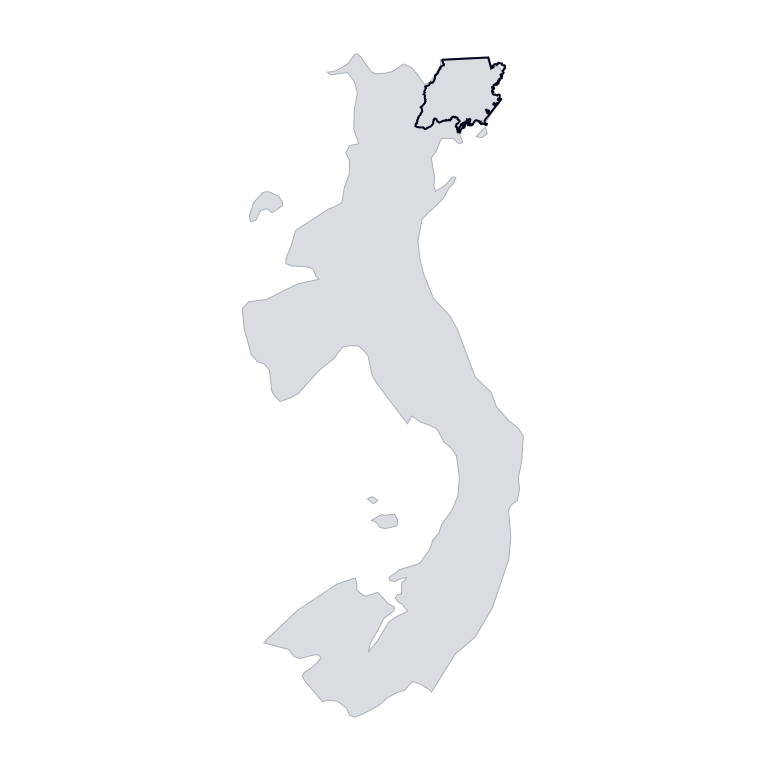 location of Changuinola, Bocas del Toro, Panama, rotated 87°
{"feature_id": "35544464B1778139424471", "entity_name": "Changuinola", "entity_type": "district", "adm_level": 2, "iso_a3": "PAN", "parent_name": "Panama", "parent_adm1": "Bocas del Toro", "projection": "orthographic", "projection_center": [-82.488, 9.215], "detail": "fine", "context": "in_parent", "style": "outline", "palette": "ink", "viewbox_px": 768, "rotation_deg": 87, "n_neighbors": 0, "source": "geoboundaries", "source_scale": "gbopen_adm2", "svg_char_len": 8907}
<svg xmlns="http://www.w3.org/2000/svg" viewBox="0 0 768 768"><g transform="rotate(87 384 384)"><path d="M694.0,352.7L691.9,354.3L685.7,363.4L682.4,371.2L690.6,379.2L693.1,387.9L697.8,397.3L705.1,406.6L713.2,424.1L715.2,431.1L713.0,435.7L705.4,438.6L698.4,447.0L696.6,457.0L698.0,462.0L676.9,478.3L671.5,481.0L667.8,478.6L663.2,470.6L657.7,464.2L654.8,462.0L653.1,461.9L651.4,463.4L650.7,467.0L653.7,482.0L651.4,488.1L644.2,492.9L636.2,517.5L632.9,514.5L605.3,481.8L581.2,441.2L576.1,422.8L582.3,421.6L588.2,421.9L591.3,419.1L595.0,413.6L591.8,401.2L603.2,391.5L607.5,385.1L610.6,385.8L618.3,396.6L629.2,402.7L642.7,411.6L651.0,413.6L640.4,404.2L622.2,391.9L617.0,383.7L612.1,372.3L605.1,377.3L601.9,381.5L598.3,384.0L595.0,381.2L594.4,377.5L583.8,376.9L581.0,373.5L578.2,371.7L579.5,378.8L581.7,383.2L580.6,388.5L577.1,389.0L574.1,383.5L570.3,378.5L565.0,357.8L552.8,348.1L547.2,344.9L542.6,343.7L535.8,337.1L526.9,333.6L514.7,323.3L499.8,316.1L481.6,313.6L459.5,315.4L452.1,319.6L447.1,324.9L444.8,327.3L431.8,333.4L426.9,342.2L423.9,349.5L417.4,357.9L424.9,362.8L382.5,391.4L374.1,395.5L354.9,398.5L350.5,401.6L344.7,407.2L344.0,415.7L344.9,422.9L350.5,428.4L355.4,431.9L367.4,448.6L388.7,469.7L392.7,477.4L396.1,488.8L389.7,494.2L384.8,496.5L364.7,497.6L357.8,502.2L355.0,509.2L347.5,515.0L321.6,520.8L301.2,521.5L294.9,515.0L293.3,496.6L279.5,465.2L276.1,443.6L272.7,446.3L265.4,448.8L263.0,454.2L261.2,470.2L258.6,475.7L252.9,475.2L241.4,469.5L226.1,464.3L206.5,430.5L204.4,424.1L200.6,416.5L185.5,413.3L172.6,407.7L158.6,406.8L151.4,410.0L144.1,405.9L142.8,396.7L128.1,400.8L109.2,399.4L92.3,395.4L80.8,397.5L71.1,404.1L72.5,421.0L69.6,424.3L69.2,417.4L65.8,409.5L61.8,402.9L53.3,396.1L52.8,393.6L56.2,390.1L71.7,380.3L73.6,376.2L73.8,367.6L72.4,359.4L65.4,347.4L69.4,339.9L77.4,333.9L85.5,329.2L86.9,327.2L85.4,323.1L80.6,318.7L69.5,311.1L62.8,310.6L62.6,288.9L62.9,265.9L64.6,263.7L68.7,262.3L72.0,258.8L73.8,252.0L78.7,249.6L87.5,254.8L96.4,259.5L100.1,257.9L103.0,255.7L104.9,253.4L105.6,251.3L112.7,257.5L127.4,268.3L128.3,273.7L126.9,278.8L130.9,293.5L138.5,295.7L146.2,292.8L148.1,295.5L146.7,298.2L142.7,301.3L141.8,313.9L154.4,319.8L160.6,325.0L181.5,322.5L189.2,323.9L194.4,322.4L188.6,312.3L180.8,304.8L181.4,301.4L187.3,303.9L191.8,309.0L202.1,315.3L221.1,337.3L242.7,342.6L259.9,341.8L275.8,338.8L301.2,330.1L319.6,314.5L334.2,307.6L381.7,292.6L398.5,277.1L405.6,275.0L412.4,273.0L427.2,261.3L435.2,252.2L443.6,247.6L468.7,250.6L485.0,254.8L496.2,254.1L507.1,257.0L511.9,263.6L516.8,266.3L543.3,265.4L565.1,268.4L613.0,287.4L641.7,306.3L657.1,326.6L694.0,352.7ZM214.9,508.9L208.6,509.5L195.9,504.6L186.5,495.1L185.8,492.0L186.0,488.9L191.1,479.1L197.9,475.8L200.5,475.8L207.1,487.0L202.7,491.4L204.5,498.3L213.7,503.4L214.9,508.9ZM521.8,398.9L519.6,403.7L514.2,393.0L515.1,390.2L514.6,380.4L519.6,377.8L523.3,377.5L526.4,378.8L528.5,390.3L526.9,395.6L521.8,398.9ZM143.0,273.8L141.7,279.2L133.0,269.5L138.2,267.9L140.0,268.1L143.0,273.8ZM502.9,401.4L497.8,406.5L495.9,401.7L499.4,396.7L500.6,396.6L502.9,401.4Z" fill="#d9dde1" stroke="#a8b0b8" stroke-width="1"/><path d="M136.2,295.6L136.8,294.9L136.2,294.5L135.4,294.6L134.1,294.0L134.2,294.6L134.5,294.7L134.7,295.3L134.6,295.6L134.4,295.4L134.4,295.8L134.0,295.9L133.7,295.6L132.5,295.6L131.6,295.0L131.2,295.0L130.0,293.9L129.2,293.8L129.2,293.2L129.5,292.9L129.3,293.2L129.5,293.2L129.6,292.8L129.2,293.0L128.7,292.4L128.4,292.6L128.2,292.2L128.3,291.4L127.7,291.4L127.9,290.7L127.6,290.5L128.0,290.2L127.7,290.0L127.8,289.8L127.7,289.6L128.6,289.4L128.4,289.0L128.0,288.9L127.9,289.0L127.6,288.8L127.6,289.0L127.0,288.3L126.8,288.5L126.8,288.3L126.5,288.4L126.2,288.0L125.6,288.0L124.9,287.2L124.4,287.2L124.8,286.7L124.2,286.3L124.4,285.8L124.9,286.3L125.1,286.2L124.3,285.3L124.4,284.4L124.2,284.4L123.8,284.2L124.0,283.8L123.9,284.1L124.2,284.3L124.5,284.3L124.6,284.1L125.3,284.5L125.2,284.3L125.4,284.0L125.2,284.3L125.9,284.4L125.8,284.7L126.2,285.0L126.2,284.8L127.0,285.2L127.7,285.1L128.1,285.4L128.5,284.9L129.0,285.0L129.0,283.8L129.8,283.8L129.8,283.6L130.0,283.8L130.4,283.5L130.3,282.8L129.6,281.9L126.7,280.0L125.7,279.1L125.5,278.6L125.0,278.3L125.5,278.5L125.4,278.0L126.6,275.0L127.3,275.1L127.8,274.5L127.6,274.0L128.4,274.4L129.0,273.7L129.5,273.5L129.0,271.9L129.3,271.7L129.7,269.7L130.4,269.4L130.8,268.3L130.6,268.0L129.5,267.6L129.1,269.0L128.2,269.7L126.1,269.6L124.5,268.5L120.4,264.6L119.8,264.1L119.2,264.2L118.7,263.7L118.4,264.4L119.4,265.3L119.0,266.5L117.9,266.8L118.1,266.5L117.8,266.5L117.0,267.1L117.0,267.5L116.8,267.6L116.9,267.9L116.7,267.5L117.0,267.1L116.8,267.0L115.6,267.8L115.3,267.4L114.9,267.8L115.2,267.3L117.2,266.9L117.7,266.3L118.8,266.4L119.2,265.7L119.0,265.1L118.5,264.8L118.2,266.0L117.7,266.1L117.3,265.2L116.5,265.3L115.6,264.7L116.5,265.1L117.3,265.1L117.7,265.9L118.1,265.9L118.3,265.2L118.3,263.8L118.7,263.6L119.3,263.9L108.3,254.0L105.6,252.0L105.4,252.1L105.4,253.0L106.8,254.4L106.6,255.1L106.1,255.5L105.4,255.3L104.5,254.0L103.7,253.5L102.2,253.2L101.1,253.6L101.0,254.4L101.7,256.1L100.9,257.7L100.9,259.2L100.3,259.9L99.2,260.3L97.9,259.8L97.6,260.8L96.4,260.7L95.4,259.7L95.2,259.0L94.9,258.7L94.6,259.0L94.7,259.6L94.0,260.4L93.5,260.6L93.1,260.4L93.2,259.7L93.6,259.3L93.6,259.0L92.8,259.3L91.3,259.0L91.1,258.7L91.2,257.8L90.0,257.0L90.1,256.7L90.9,256.3L91.1,255.7L90.8,255.3L90.2,255.4L89.9,255.2L89.8,253.9L89.4,253.7L89.0,253.9L89.3,254.9L89.0,255.3L88.3,254.4L87.0,254.0L87.3,253.0L86.8,252.5L85.4,252.7L85.2,251.7L84.7,251.2L85.0,250.5L84.8,250.3L83.3,250.9L82.9,249.9L82.4,249.9L81.8,250.3L81.7,251.2L81.3,251.4L80.8,250.6L81.1,250.0L80.7,249.3L80.1,249.0L79.6,248.3L79.1,248.2L77.8,249.2L77.0,248.8L76.7,248.1L75.3,247.6L75.2,246.7L74.8,246.5L73.2,247.0L72.3,246.6L72.1,246.9L71.8,249.2L71.4,249.5L70.5,249.3L70.1,249.4L70.0,251.2L69.2,252.6L69.6,252.9L69.6,253.6L70.0,254.0L70.8,253.7L71.1,254.0L71.2,254.9L70.4,255.7L70.7,256.3L70.5,257.2L71.4,258.0L72.5,257.8L72.8,258.2L72.3,258.6L72.4,258.8L73.4,258.5L73.3,259.0L74.0,259.6L73.8,260.2L74.2,260.5L63.4,262.7L63.3,308.5L64.3,309.0L65.9,308.1L66.7,308.1L68.0,307.3L68.5,307.3L68.9,307.6L68.9,308.5L69.7,309.7L69.9,310.6L70.9,311.3L71.9,311.0L72.4,312.1L73.0,312.2L73.5,312.8L74.3,313.0L74.7,313.6L75.8,313.6L76.2,314.0L76.7,314.1L77.1,314.7L77.2,315.4L78.3,315.9L78.2,316.5L78.6,317.0L81.7,317.1L82.1,317.6L83.8,318.2L85.0,319.2L85.4,319.2L85.8,320.2L85.3,321.4L85.8,321.7L85.9,322.1L86.2,322.0L86.6,322.4L86.7,322.9L87.6,323.1L87.9,323.5L88.4,324.4L88.6,326.3L89.1,327.3L89.5,327.3L89.7,326.8L90.8,326.5L91.4,327.0L91.6,327.4L92.8,327.7L93.4,328.3L94.6,328.5L95.1,328.0L95.3,328.3L96.2,328.5L96.8,329.2L97.3,328.4L98.4,327.8L99.6,328.4L101.4,328.2L102.2,327.6L103.0,328.1L103.6,328.2L103.9,327.9L104.1,328.2L105.4,328.3L106.2,329.3L107.1,329.7L107.6,330.5L108.2,330.9L108.6,331.8L109.1,332.1L109.5,332.8L110.1,332.2L110.8,331.9L111.2,332.0L111.8,331.6L114.0,331.6L115.8,333.2L116.8,333.5L117.0,333.4L118.4,335.2L119.6,335.5L119.8,336.0L120.6,335.9L122.2,337.0L122.8,337.2L123.3,336.8L123.6,337.2L124.9,337.7L125.4,337.5L125.5,338.4L128.2,339.2L129.3,337.1L129.3,335.9L129.7,335.4L129.6,333.9L129.9,332.1L129.8,331.3L130.2,330.9L131.4,330.2L131.3,328.2L130.3,327.4L130.3,326.3L129.7,325.5L129.5,324.2L127.0,321.6L126.1,321.1L125.2,321.3L124.4,320.9L123.4,320.7L122.9,320.3L122.5,320.5L121.5,319.4L121.7,318.6L122.5,317.7L123.3,317.6L124.5,317.1L124.6,316.5L125.9,315.2L124.0,310.2L124.2,309.6L124.0,309.2L124.2,308.5L123.7,308.2L123.9,307.8L123.7,307.6L124.0,307.3L124.1,306.5L124.1,306.0L123.6,305.5L124.0,304.7L123.6,304.7L123.7,304.0L123.0,302.9L122.3,302.6L121.9,302.9L121.6,302.7L120.6,301.2L120.6,300.8L121.0,300.3L121.0,299.9L121.4,299.6L121.2,299.3L121.5,298.6L121.2,298.4L121.4,298.2L121.5,297.5L122.1,296.7L122.6,296.5L123.2,296.8L123.8,296.5L124.2,295.5L125.2,294.8L125.7,294.7L127.1,296.1L127.9,297.1L128.1,297.9L129.3,298.4L130.0,298.2L130.6,298.8L131.0,298.6L131.2,298.0L131.8,297.4L133.0,297.8L134.1,297.4L135.0,297.5L135.5,297.1L136.5,297.1L136.6,295.9L136.2,295.6ZM109.4,260.8L109.8,260.1L110.5,260.0L110.7,259.8L110.6,259.6L110.0,259.7L109.3,259.3L108.6,260.1L109.2,259.2L109.2,258.8L109.3,259.2L110.2,259.6L111.5,258.8L111.8,257.7L111.3,257.1L110.6,256.7L110.6,257.0L110.5,256.6L110.2,256.6L109.9,257.3L109.8,256.8L109.3,256.3L109.5,255.6L112.2,257.8L111.8,258.8L111.0,259.4L111.6,260.2L110.9,259.4L110.6,260.2L109.7,260.2L109.4,260.8ZM130.0,289.6L129.6,289.7L129.6,290.0L130.2,290.6L130.7,291.0L131.7,290.9L132.5,291.8L132.1,290.3L130.0,289.6ZM133.1,293.2L132.7,292.1L132.4,292.2L132.6,292.3L132.6,292.7L133.1,293.2ZM126.7,285.3L126.7,285.6L127.2,286.1L127.1,285.7L126.7,285.3ZM128.3,285.8L128.0,285.8L127.9,285.9L128.1,286.1L128.3,285.8ZM131.0,294.8L131.3,294.6L131.0,294.8ZM129.5,286.4L129.6,286.2L129.3,286.3L129.5,286.4ZM129.6,286.7L129.8,286.7L129.7,286.5L129.6,286.7ZM129.6,284.1L129.4,283.9L129.3,284.0L129.6,284.1Z" fill="none" stroke="#020617" stroke-width="2"/></g></svg>